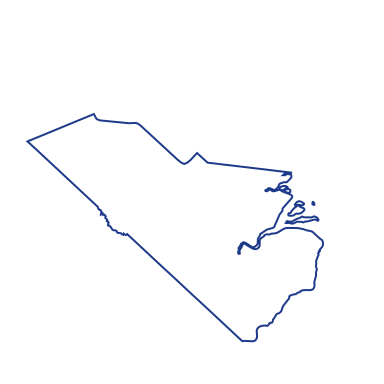 outline of Western, rotated 313°
{"feature_id": "PNG-1248", "entity_name": "Western", "entity_type": "Province", "adm_level": 1, "iso_a3": "PNG", "parent_name": "Papua New Guinea", "parent_adm1": "", "projection": "equal_earth", "projection_center": [142.614, -7.162], "detail": "fine", "context": "isolated", "style": "outline", "palette": "blue", "viewbox_px": 384, "rotation_deg": 313, "n_neighbors": 0, "source": "natural_earth", "source_scale": "10m", "svg_char_len": 5439}
<svg xmlns="http://www.w3.org/2000/svg" viewBox="0 0 384 384"><g transform="rotate(313 192 192)"><path d="M115.7,140.2L115.5,139.3L115.8,138.7L116.2,138.2L116.4,137.5L116.3,137.1L115.8,136.5L115.7,136.1L115.7,135.8L116.0,135.7L116.2,134.2L116.7,133.4L116.9,133.3L116.9,125.8L116.9,109.6L116.9,95.6L116.9,82.4L116.9,64.0L116.9,61.1L116.9,52.2L116.8,38.2L116.8,37.2L118.4,37.9L182.1,67.1L180.5,71.7L180.5,73.2L181.7,76.0L199.5,99.2L203.7,103.3L204.9,105.1L205.5,108.8L205.8,160.1L206.1,163.8L207.1,167.1L210.1,168.5L214.1,169.1L223.9,169.1L224.1,183.4L273.8,251.3L273.7,251.4L272.7,251.1L271.9,249.9L271.2,248.5L270.4,247.6L269.5,247.3L266.5,247.1L266.8,247.4L267.2,248.2L267.5,248.5L268.0,248.7L268.9,248.9L269.3,249.0L270.3,249.7L272.3,252.4L271.4,253.9L270.5,254.6L269.4,254.8L264.5,254.7L263.5,254.4L263.1,254.0L262.2,252.9L261.7,252.4L259.9,251.6L259.4,251.2L258.4,250.6L257.1,250.6L253.7,251.7L250.7,251.4L249.8,251.1L249.2,250.2L248.3,247.6L247.7,246.1L246.9,245.4L245.9,245.2L244.5,245.2L244.4,245.0L243.8,244.7L243.2,244.5L242.9,244.9L243.1,245.5L243.4,246.0L243.8,246.4L244.4,246.6L246.5,246.9L247.1,247.5L247.3,249.3L247.7,250.6L248.6,251.6L252.9,254.1L253.6,255.1L254.1,257.9L257.1,265.1L257.5,266.9L257.2,268.3L256.3,268.9L255.2,269.1L241.8,269.5L241.3,269.8L239.8,271.0L235.3,271.4L222.9,275.8L221.7,275.9L220.8,275.6L215.6,272.4L208.9,270.9L208.7,270.9L208.1,270.5L207.3,271.0L204.6,271.8L203.6,271.9L202.4,272.3L199.5,274.9L198.3,275.5L197.3,275.6L194.9,275.3L193.8,274.9L193.0,274.0L192.5,272.7L191.3,265.6L190.2,263.8L187.9,263.2L184.9,264.0L183.0,264.2L182.6,264.4L182.3,264.7L181.9,265.4L181.3,266.0L180.8,266.2L180.2,266.3L179.6,266.6L178.9,267.3L178.6,268.0L178.8,268.6L179.6,269.0L180.8,267.5L181.5,266.9L182.3,266.6L182.7,266.4L183.0,266.0L183.4,265.7L184.2,266.1L184.9,266.1L187.1,265.2L188.6,265.0L189.8,265.3L190.4,266.8L190.5,268.4L192.1,275.2L193.3,277.2L195.0,278.4L197.3,278.7L199.1,277.9L202.6,274.7L204.5,273.9L208.7,274.8L209.6,274.4L211.8,275.3L213.6,277.5L214.1,277.8L215.3,278.2L218.7,281.2L220.7,282.3L227.3,284.1L229.4,285.1L230.9,286.4L237.8,294.0L240.7,298.7L242.3,302.2L244.3,305.4L244.8,306.5L245.1,307.5L245.1,316.7L245.4,319.0L245.4,320.3L244.9,321.4L243.6,323.0L243.0,323.5L242.1,324.1L240.6,324.7L237.6,324.7L236.0,325.1L236.4,325.5L235.8,325.8L234.7,325.9L233.9,326.1L233.4,326.0L233.1,326.0L233.0,326.3L232.8,326.8L232.5,327.3L232.2,327.5L231.4,327.7L226.7,329.6L225.8,330.2L224.5,331.6L223.3,332.6L222.8,332.8L222.2,333.2L221.7,334.0L221.3,335.0L220.8,335.7L219.7,336.5L217.3,337.9L215.4,339.8L209.8,342.7L208.9,343.4L208.5,344.3L205.6,346.4L203.5,346.8L201.6,346.0L200.1,344.6L197.5,341.7L195.7,340.1L193.8,339.0L192.3,339.2L190.9,338.2L190.1,337.9L188.8,337.7L188.0,337.5L185.7,335.7L183.0,334.4L182.3,334.3L181.7,334.5L180.7,335.5L180.1,335.7L178.3,335.7L170.9,336.4L169.8,336.7L166.6,338.2L165.5,338.5L164.2,338.6L163.1,338.4L160.9,337.4L159.7,337.2L155.3,338.3L153.9,338.2L153.5,338.6L152.8,339.1L151.9,339.5L151.2,339.6L150.4,339.2L149.7,338.5L149.0,338.1L148.1,338.6L147.5,338.5L146.4,338.5L145.3,338.3L144.5,336.8L142.3,334.8L140.7,333.7L138.7,333.0L136.7,333.0L134.8,333.8L130.7,338.1L129.0,339.2L126.5,339.5L124.5,338.5L118.8,331.8L117.2,330.5L117.2,322.3L117.2,308.6L117.2,295.3L117.2,282.8L117.1,264.0L117.1,252.0L117.1,249.2L117.1,235.7L117.0,222.5L117.0,203.7L117.0,200.8L117.0,191.9L117.0,181.0L117.0,173.3L116.2,173.4L115.2,172.7L115.0,170.4L113.8,170.9L113.3,169.9L113.3,168.4L113.0,167.3L112.0,166.3L111.5,165.7L111.4,164.9L111.5,164.6L112.0,163.6L112.1,163.2L111.8,162.3L110.7,161.0L110.3,160.2L110.2,159.5L110.3,158.9L110.6,158.0L111.1,155.7L111.0,154.4L110.3,153.9L110.7,152.8L111.5,152.4L112.4,152.2L113.1,151.4L113.1,150.9L112.7,150.3L112.5,149.7L113.0,149.5L113.4,149.4L113.7,149.2L113.8,148.8L113.9,147.0L114.0,146.2L114.4,145.7L115.2,145.6L115.5,145.0L115.7,143.7L115.4,142.6L114.6,142.6L114.6,141.8L114.5,141.1L114.1,140.8L113.5,140.7L114.0,140.3L114.5,140.2L115.1,140.1L115.7,140.2ZM256.1,297.3L257.2,297.7L258.0,298.9L258.4,300.5L258.4,302.1L257.9,303.5L257.2,303.8L256.5,303.2L256.3,301.9L255.9,300.9L255.1,300.2L249.0,296.3L247.8,295.1L247.2,294.7L246.4,294.5L245.7,294.2L245.4,293.6L245.1,292.7L241.8,289.0L238.8,287.9L237.4,287.1L236.9,286.4L235.6,284.1L235.0,283.4L233.9,282.5L233.4,281.7L234.2,281.6L234.9,281.3L235.5,281.4L237.5,284.4L238.3,285.2L242.9,286.6L247.4,288.8L248.5,289.0L249.0,289.2L249.4,289.9L249.9,291.2L255.0,296.8L256.1,297.3ZM244.0,282.2L242.9,281.4L241.4,279.9L240.7,278.4L241.8,277.3L242.5,277.3L242.9,277.6L243.3,278.0L243.7,278.3L244.3,278.3L246.0,277.8L249.5,277.7L254.3,278.5L254.8,279.0L254.9,280.8L255.0,281.8L255.9,283.7L256.3,284.8L256.2,285.7L255.7,286.3L254.7,286.5L252.0,286.4L250.9,286.1L248.4,284.5L247.5,283.1L246.3,282.7L244.0,282.2ZM259.6,279.7L259.7,280.3L260.0,281.2L259.8,281.9L259.2,282.3L258.2,282.2L257.0,281.2L255.1,278.3L252.5,276.8L253.0,275.8L255.6,275.5L257.7,276.1L258.7,277.1L259.3,278.4L259.6,279.7ZM259.7,255.7L260.2,256.6L260.8,258.3L260.4,259.0L259.7,258.5L258.2,257.9L256.0,257.7L254.7,256.8L254.3,255.5L253.8,254.0L254.5,253.2L256.3,253.3L258.6,254.7L259.7,255.7ZM259.0,259.7L259.9,260.5L260.4,261.6L260.3,262.8L259.2,263.8L257.5,263.6L256.4,261.8L255.6,259.8L256.4,258.6L257.8,258.9L258.5,259.3L259.0,259.7ZM267.0,287.1L267.4,287.4L267.4,288.1L266.9,289.6L266.0,290.2L265.3,289.4L265.2,288.4L265.8,287.7L266.4,287.5L266.7,287.2L267.0,287.1Z" fill="none" stroke="#1e3a8a" stroke-width="2"/></g></svg>